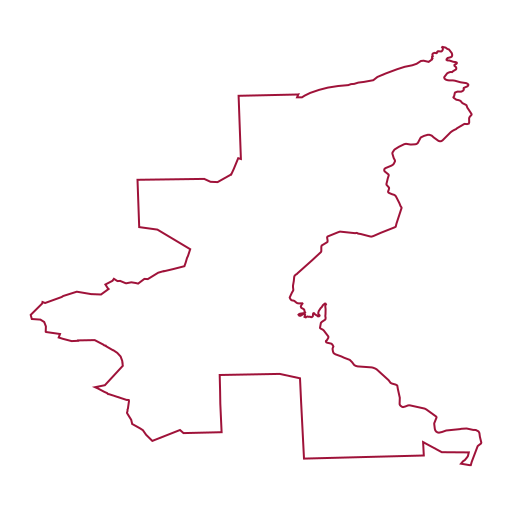 the district of Goliševas pag., Karsavas, Latvia
{"feature_id": "27541924B2681708815128", "entity_name": "Goliševas pag.", "entity_type": "district", "adm_level": 2, "iso_a3": "LVA", "parent_name": "Latvia", "parent_adm1": "Karsavas", "projection": "robinson", "projection_center": [27.928, 56.767], "detail": "fine", "context": "isolated", "style": "outline", "palette": "rose", "viewbox_px": 512, "rotation_deg": 0, "n_neighbors": 0, "source": "geoboundaries", "source_scale": "gbopen_adm2", "svg_char_len": 5986}
<svg xmlns="http://www.w3.org/2000/svg" viewBox="0 0 512 512"><path d="M298.3,94.4L297.8,94.5L238.6,95.8L240.9,159.0L238.2,158.2L233.8,168.9L231.2,174.5L231.0,174.4L230.9,174.6L217.6,182.1L210.5,181.8L204.2,178.9L137.5,179.8L139.2,227.1L157.4,229.6L190.2,249.2L188.0,255.9L187.0,258.0L185.7,262.5L184.4,266.2L173.1,269.1L163.8,271.3L163.7,271.1L158.2,272.7L147.8,279.1L144.4,278.9L138.1,283.6L135.7,283.0L131.3,282.3L126.2,283.3L125.4,283.1L120.1,280.9L117.7,281.1L116.8,280.7L113.9,278.8L112.5,280.8L105.4,284.5L107.7,288.1L108.6,289.0L101.0,294.5L91.1,294.1L76.8,291.7L63.2,296.0L61.7,297.0L45.1,303.0L42.5,302.0L42.2,303.5L30.7,314.9L31.8,319.0L40.4,319.6L44.2,322.0L45.9,326.4L45.7,331.7L46.0,332.0L60.0,334.0L58.7,337.5L62.8,338.8L71.6,341.1L78.1,340.8L78.1,340.4L94.7,340.1L103.3,344.6L103.9,345.2L105.4,345.6L105.3,345.8L112.9,350.2L113.3,350.2L117.3,352.9L120.6,356.5L122.2,360.8L122.5,362.7L122.4,362.7L122.8,365.8L104.9,385.2L95.1,387.2L98.2,388.6L104.2,391.8L107.3,393.2L107.5,393.6L108.1,394.1L108.8,394.1L126.5,399.9L128.7,400.0L129.0,401.0L127.9,408.7L127.5,409.6L127.5,411.0L127.0,412.6L127.1,413.2L131.2,419.8L132.2,424.0L140.3,428.5L142.9,430.2L146.1,434.8L152.3,440.9L180.0,430.0L183.5,433.1L221.6,432.2L220.3,403.7L220.1,391.2L219.7,375.0L279.7,373.9L300.0,378.3L301.1,401.9L304.0,458.6L423.8,455.5L423.1,442.1L441.8,452.2L468.8,452.4L467.9,456.1L467.1,457.3L464.9,460.0L463.0,461.3L461.0,463.7L469.3,465.1L470.8,465.1L471.7,461.9L477.6,446.3L478.0,445.8L480.9,443.6L481.2,443.0L481.3,442.6L479.9,436.8L479.4,433.1L478.7,431.7L478.3,431.3L475.8,430.0L473.1,429.9L466.6,428.5L461.3,428.8L460.1,429.1L446.2,430.5L442.0,432.0L438.9,432.7L437.5,432.4L436.2,431.6L435.3,430.4L434.8,428.8L434.2,423.8L434.3,423.1L436.5,417.6L436.5,417.1L436.1,416.5L426.4,409.5L424.7,408.6L409.7,405.3L408.1,405.4L405.3,406.5L403.0,407.1L402.2,406.9L400.7,405.9L400.0,405.1L399.6,404.1L399.8,397.8L397.9,389.2L397.3,385.7L397.1,385.4L395.7,384.6L392.1,383.6L390.6,382.9L388.6,380.2L376.6,369.3L374.9,368.4L373.0,367.7L371.7,367.4L357.6,366.4L355.5,365.8L354.1,364.9L352.1,362.2L349.8,359.9L344.0,357.7L341.5,356.5L335.4,354.3L333.7,353.2L333.0,351.7L332.6,349.4L332.6,348.4L333.4,346.5L332.7,345.1L331.7,343.9L331.1,343.6L327.1,342.7L326.3,342.3L326.0,341.8L325.9,341.4L326.0,340.9L326.9,340.2L328.3,337.8L328.4,336.8L328.2,336.3L323.7,330.4L322.7,329.6L320.7,328.6L320.1,328.1L320.0,327.7L320.9,322.9L321.8,321.9L325.1,319.7L325.5,319.0L325.6,317.7L325.3,316.0L325.5,314.1L325.6,309.0L325.3,306.6L325.4,305.2L326.0,304.4L325.5,303.6L324.8,303.6L322.9,305.2L321.9,306.9L320.6,308.2L318.8,311.0L318.3,312.6L318.3,313.8L318.5,314.2L319.5,315.2L319.6,315.7L319.0,316.3L318.0,316.4L317.2,315.7L314.9,314.3L314.2,313.3L313.8,313.1L313.3,313.3L313.1,313.7L312.8,316.3L311.8,317.1L311.2,317.2L309.9,316.7L308.7,316.8L307.4,316.5L306.4,316.9L305.8,317.4L304.5,316.9L305.1,314.8L304.7,314.0L304.1,313.6L301.2,315.4L300.4,315.8L299.3,315.7L298.5,314.7L299.1,314.1L300.0,313.7L303.3,313.2L304.0,313.3L304.2,313.0L305.1,312.5L304.5,311.2L304.3,310.0L304.1,309.5L302.8,308.6L301.4,307.9L301.0,307.2L300.8,306.4L301.8,304.4L302.5,303.6L302.3,303.3L298.8,303.4L297.4,303.2L296.5,302.7L294.3,300.9L293.5,300.6L292.0,300.4L291.2,300.0L290.3,298.9L289.7,297.6L289.9,297.0L291.9,292.7L293.2,290.5L293.3,289.6L293.0,287.1L293.0,285.6L293.8,281.0L294.2,276.9L294.7,275.6L296.1,274.4L296.9,274.0L297.4,273.4L312.4,260.0L320.7,252.3L321.1,251.8L321.3,251.1L321.3,246.8L321.7,245.5L327.0,242.3L327.5,241.8L327.6,240.5L327.1,237.6L327.2,237.1L327.6,236.5L338.2,232.2L340.0,231.6L355.2,233.2L356.5,232.9L357.6,233.2L358.0,233.6L360.7,234.0L370.3,236.5L371.6,236.6L373.5,236.0L380.8,232.8L394.7,227.3L395.7,226.7L396.5,223.5L401.6,207.9L401.3,207.1L400.6,206.2L399.3,203.0L396.3,197.1L395.5,195.8L394.3,194.9L392.0,194.2L389.4,193.1L388.6,192.7L388.2,192.2L388.1,191.4L388.7,189.9L389.1,188.1L388.9,187.5L386.6,184.9L386.4,184.1L387.8,178.3L388.7,175.5L388.7,175.0L388.4,174.4L384.7,171.4L384.3,170.7L384.2,170.0L384.4,169.1L385.3,168.2L391.5,165.6L392.8,164.8L393.7,163.9L394.6,162.1L395.0,161.2L394.9,160.3L393.7,158.0L392.4,153.7L392.4,152.9L392.7,152.2L394.3,149.8L394.9,149.3L398.9,146.8L404.2,144.2L406.0,143.8L410.3,144.5L411.7,144.5L415.1,144.3L416.5,144.0L417.8,143.0L420.4,138.1L420.9,137.4L424.0,135.9L427.7,134.8L429.4,134.8L431.7,135.6L433.8,137.5L438.5,140.9L440.0,141.3L441.4,141.1L442.6,140.3L450.7,132.2L452.5,130.9L454.5,129.8L456.1,129.1L456.6,128.6L457.1,128.2L464.4,123.9L467.2,124.1L468.8,123.6L469.2,122.3L469.1,118.6L469.3,117.6L469.9,116.6L471.4,115.0L471.6,114.2L470.7,112.7L467.3,107.6L466.5,105.3L465.8,104.8L462.6,103.2L461.9,102.6L460.7,101.1L460.1,100.7L458.5,100.1L456.3,99.7L453.7,97.8L453.4,97.3L454.2,95.9L454.8,93.0L455.1,92.5L457.5,91.6L461.0,91.7L462.2,91.2L462.9,90.8L463.8,89.7L463.8,89.2L463.6,88.6L463.8,87.9L467.5,86.3L468.2,85.5L468.3,84.6L467.6,83.8L466.1,83.1L460.6,82.3L454.9,80.7L452.9,80.4L449.0,80.4L447.2,80.1L445.8,79.6L444.7,78.8L444.3,77.9L444.2,77.5L444.4,76.9L447.1,73.4L448.1,72.8L449.6,72.2L450.7,72.0L452.1,72.1L452.9,71.3L456.0,69.4L456.2,69.0L456.3,68.1L456.1,67.4L455.8,66.9L454.6,66.0L454.4,65.4L454.4,65.0L454.9,64.5L456.4,63.8L456.9,63.0L456.6,62.5L455.7,62.1L453.3,61.8L449.4,60.5L447.3,60.4L446.5,59.8L446.6,59.2L447.6,58.0L450.7,57.2L451.7,56.6L452.1,55.8L452.2,54.9L451.9,53.5L451.7,53.0L449.0,49.5L447.3,48.9L445.6,47.6L442.4,46.9L442.1,47.3L442.5,47.7L442.9,49.0L442.6,50.1L441.8,51.2L441.1,51.5L438.1,51.2L437.7,51.4L437.5,52.0L437.0,52.2L437.0,52.5L436.7,53.1L436.2,53.2L435.1,52.9L434.3,52.9L432.9,53.5L432.4,54.3L432.5,55.6L432.8,56.1L432.1,56.6L432.0,57.0L432.1,57.7L432.5,58.2L431.8,58.9L432.0,59.5L431.0,60.1L430.3,60.8L429.4,61.2L428.7,61.9L423.6,60.7L420.9,61.0L416.6,63.8L412.2,65.3L404.7,66.8L397.2,69.2L385.9,73.4L377.5,76.9L373.3,80.2L364.0,81.9L358.3,82.6L354.1,83.9L351.0,84.1L348.3,85.1L338.2,86.0L327.9,87.6L319.0,89.9L310.2,92.9L304.7,95.6L302.0,97.3L297.1,97.3L298.3,94.4Z" fill="none" stroke="#9f1239" stroke-width="2"/></svg>